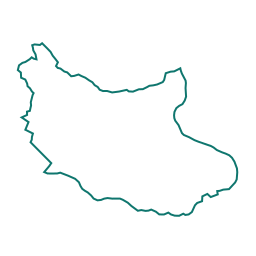 outline of Leópolis, Paraná, Brazil, rotated 85°
{"feature_id": "56859067B94954810830585", "entity_name": "Leópolis", "entity_type": "district", "adm_level": 2, "iso_a3": "BRA", "parent_name": "Brazil", "parent_adm1": "Paraná", "projection": "orthographic", "projection_center": [-50.726, -23.018], "detail": "fine", "context": "isolated", "style": "outline", "palette": "teal", "viewbox_px": 256, "rotation_deg": 85, "n_neighbors": 0, "source": "geoboundaries", "source_scale": "gbopen_adm2", "svg_char_len": 1987}
<svg xmlns="http://www.w3.org/2000/svg" viewBox="0 0 256 256"><g transform="rotate(85 128 128)"><path d="M73.1,70.7L75.6,77.0L75.6,80.7L76.7,85.6L83.3,87.8L85.3,89.4L87.2,95.2L87.7,99.1L87.8,103.0L88.9,105.4L90.6,109.8L90.4,113.8L92.2,119.9L91.6,124.0L89.9,125.9L90.9,133.7L91.2,140.7L89.3,145.6L89.0,149.7L87.4,152.9L84.5,154.6L82.4,157.5L79.3,159.5L77.2,162.5L74.2,166.1L72.1,170.0L70.4,172.6L71.4,177.1L71.5,180.1L67.3,183.7L66.2,186.5L62.9,190.1L62.0,192.8L60.0,194.3L56.4,192.1L52.5,194.6L49.4,196.7L45.4,198.5L41.3,201.8L36.1,206.2L37.6,208.5L36.6,213.8L37.2,216.2L39.9,215.7L42.4,215.6L46.6,213.7L51.6,213.2L50.7,215.9L49.2,217.8L50.9,219.9L53.3,224.5L53.9,227.5L56.1,231.1L60.7,232.7L63.4,229.9L68.6,230.1L70.8,226.1L74.9,224.6L77.6,224.4L79.9,222.2L83.3,220.5L85.0,219.0L87.0,220.2L93.9,222.6L97.1,222.6L99.8,223.5L102.4,224.3L102.9,227.2L106.2,227.4L107.3,230.5L108.2,233.0L113.4,226.6L120.8,230.4L125.2,223.2L128.6,224.5L131.3,224.9L133.7,226.3L156.3,207.5L159.1,209.8L164.6,215.3L166.3,212.1L166.8,207.0L167.1,202.4L166.6,199.4L170.3,191.8L174.0,185.1L177.8,181.6L181.6,180.4L184.6,178.9L186.8,176.4L188.7,173.7L192.0,170.6L195.3,168.4L197.4,164.7L197.3,161.1L196.3,157.9L196.0,154.5L197.0,149.8L197.6,142.2L199.0,139.5L202.4,134.7L206.0,131.4L211.3,125.4L210.9,121.9L212.1,117.8L212.1,114.8L211.3,112.0L213.8,107.5L216.8,104.4L217.3,99.7L215.8,95.2L217.9,92.7L219.4,89.1L219.9,84.7L218.2,80.4L219.6,78.5L219.4,75.1L217.3,71.7L213.6,69.6L210.8,68.0L208.7,65.6L207.4,60.6L202.6,59.9L200.6,54.7L204.0,51.6L202.0,44.4L198.6,44.6L198.6,42.1L197.7,38.5L197.7,32.7L191.6,26.0L188.7,24.2L181.6,23.0L177.7,23.0L170.8,24.9L166.7,27.0L164.0,29.5L162.0,33.0L160.5,36.3L157.7,41.4L154.9,44.4L153.2,46.9L147.9,58.8L145.9,62.8L142.5,67.9L139.8,73.0L137.8,74.7L129.5,77.4L124.8,80.3L122.2,81.0L119.3,81.0L116.0,80.3L112.4,78.1L110.4,75.1L109.0,71.7L105.6,69.1L101.8,67.4L93.3,67.2L88.3,66.4L85.8,66.5L78.4,69.6L75.4,70.4L73.1,70.7Z" fill="none" stroke="#0f766e" stroke-width="2"/></g></svg>